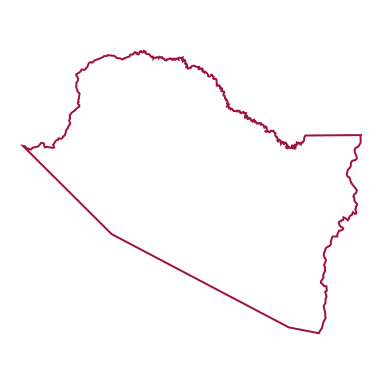 outline of Boca do Acre, Amazonas, Brazil
{"feature_id": "56859067B47019915073182", "entity_name": "Boca do Acre", "entity_type": "district", "adm_level": 2, "iso_a3": "BRA", "parent_name": "Brazil", "parent_adm1": "Amazonas", "projection": "natural_earth1", "projection_center": [-67.972, -8.817], "detail": "fine", "context": "isolated", "style": "outline", "palette": "rose", "viewbox_px": 384, "rotation_deg": 0, "n_neighbors": 0, "source": "geoboundaries", "source_scale": "gbopen_adm2", "svg_char_len": 5858}
<svg xmlns="http://www.w3.org/2000/svg" viewBox="0 0 384 384"><path d="M111.6,234.1L288.8,327.4L318.8,333.2L319.8,331.2L321.9,328.2L323.7,321.3L325.5,318.6L325.1,311.7L324.1,308.8L323.7,306.0L325.2,303.4L325.5,301.9L325.6,298.8L326.6,296.3L326.0,294.9L325.7,293.3L325.0,292.2L325.9,291.1L326.8,290.7L326.4,286.3L323.8,285.9L323.1,284.6L320.9,282.8L321.0,281.3L323.4,277.8L323.5,276.3L323.1,274.9L325.2,270.7L325.0,267.0L324.1,265.4L324.2,264.6L325.8,261.1L325.8,259.6L325.8,259.1L324.7,257.9L323.8,255.4L324.1,252.5L324.8,251.5L325.2,249.5L326.6,247.4L329.7,245.8L330.8,244.3L331.0,243.6L330.7,242.2L332.4,236.6L337.4,236.4L337.2,234.7L339.0,230.7L341.4,230.3L342.6,229.6L343.2,228.4L342.2,227.3L341.0,226.9L339.5,225.3L338.8,222.4L339.7,221.3L341.0,221.3L341.8,220.2L343.2,219.9L343.5,217.3L345.7,218.4L348.0,220.2L348.7,219.0L349.7,216.2L352.1,214.7L352.3,213.3L353.0,212.1L354.8,214.0L356.2,213.5L356.4,212.0L355.2,209.4L355.8,208.2L355.9,206.6L356.8,205.5L357.1,204.1L354.5,201.0L354.3,199.5L354.4,197.8L353.5,197.0L353.5,195.8L354.1,194.6L356.3,192.5L356.7,191.1L356.5,189.6L351.8,183.7L351.0,182.3L349.7,178.2L348.9,177.1L347.6,176.6L347.0,175.3L346.8,173.7L347.6,170.7L348.2,169.5L349.0,168.4L350.1,167.6L350.7,166.3L350.9,163.2L351.4,161.8L352.3,160.7L355.1,160.2L356.3,159.2L356.8,157.9L356.6,156.4L354.8,152.5L354.6,149.4L355.5,148.1L357.9,146.8L359.0,145.6L360.5,142.8L360.7,141.4L360.5,136.8L361.0,135.1L306.0,135.5L305.1,135.8L304.4,137.3L303.9,141.0L302.7,141.9L302.7,142.5L301.2,142.6L301.0,144.5L300.3,144.3L299.5,143.2L298.2,142.6L297.8,143.5L297.0,142.9L297.1,143.6L296.8,144.0L296.6,145.2L295.8,145.1L295.4,144.6L294.9,144.8L295.6,147.0L295.4,148.3L294.8,148.7L293.8,147.5L293.9,146.0L292.2,145.4L291.9,145.8L292.2,147.9L291.6,147.6L290.9,148.1L290.1,147.9L289.7,147.3L288.7,146.8L288.2,148.1L287.2,148.4L286.5,148.2L286.1,146.7L286.3,146.2L287.5,146.0L287.6,145.4L285.5,142.6L284.5,142.9L284.1,144.1L283.6,143.8L283.7,143.1L283.5,142.3L282.3,141.8L281.0,143.8L280.6,141.1L280.1,140.2L279.1,139.5L278.5,139.5L278.4,141.4L277.8,141.4L277.4,140.5L277.7,139.3L276.8,136.7L276.0,136.7L275.3,135.7L275.1,135.1L275.5,133.7L275.4,133.1L274.9,133.1L273.3,130.8L272.8,131.2L271.1,130.7L270.1,131.9L269.3,132.2L268.9,131.9L268.7,131.3L267.6,131.1L266.8,131.8L265.9,131.7L265.5,131.3L267.1,130.4L266.3,126.7L265.7,126.5L265.2,126.8L265.2,127.4L264.3,127.7L263.5,125.1L261.7,124.5L261.1,124.6L261.1,123.3L259.9,123.1L259.9,123.7L257.6,123.3L257.2,122.9L256.8,123.3L255.6,121.6L255.3,122.2L254.7,122.2L254.0,119.7L253.3,119.8L252.4,121.5L251.3,120.6L250.2,118.2L249.0,117.9L248.5,118.2L248.5,118.9L247.7,119.0L247.4,118.3L247.2,115.9L246.7,115.8L245.6,117.5L245.0,117.6L244.8,116.8L246.2,113.2L245.5,112.9L244.4,113.3L243.7,113.1L243.5,111.9L242.4,112.2L241.2,113.1L240.6,113.0L240.2,112.7L239.8,111.1L238.7,110.6L237.3,110.7L237.4,111.5L235.5,111.0L233.6,111.0L231.9,108.7L231.4,108.6L230.6,109.3L230.0,108.2L229.6,108.2L229.2,107.5L228.8,107.9L228.5,107.0L228.1,106.7L227.0,106.6L227.4,105.5L228.4,105.1L228.9,104.6L228.5,103.8L227.3,104.0L227.1,103.3L227.5,102.1L227.4,101.4L226.7,100.6L226.8,99.9L226.5,99.4L226.0,99.7L225.9,99.0L225.5,98.9L225.1,98.4L224.7,95.9L223.7,95.6L223.4,95.1L223.4,94.4L224.4,92.4L224.1,91.7L221.4,91.1L221.3,90.4L222.1,89.4L222.2,88.7L221.8,88.2L221.5,88.7L221.0,88.4L220.0,88.4L219.8,85.9L218.7,85.3L218.3,85.7L217.0,85.8L216.6,85.5L217.0,84.1L216.5,82.3L216.7,80.5L216.1,79.1L214.4,78.5L214.1,79.0L213.6,78.9L213.2,78.4L213.7,76.9L212.0,75.6L212.0,74.8L211.5,74.6L210.0,76.3L208.5,76.5L208.1,76.0L207.9,74.7L206.4,72.5L205.4,72.1L204.9,72.6L204.7,71.9L204.3,72.2L203.0,71.5L203.4,71.1L203.1,70.6L202.6,71.0L202.3,70.2L202.4,68.8L201.8,68.4L201.2,68.4L200.5,69.1L198.7,69.1L199.2,66.9L196.8,67.0L193.9,65.6L191.7,66.2L191.2,66.6L190.9,67.8L188.8,68.4L188.0,68.5L187.6,67.0L186.8,67.5L186.2,67.3L186.2,66.5L186.9,66.2L186.9,64.4L185.3,63.9L185.0,63.4L185.6,63.0L185.2,60.3L184.6,60.1L183.0,61.3L182.9,60.7L182.5,60.4L182.8,59.8L182.2,59.7L182.0,59.0L182.5,58.4L182.0,58.2L182.3,57.6L181.1,58.0L179.7,57.7L178.5,58.0L178.0,58.4L178.5,58.9L178.6,59.6L176.6,58.6L176.1,58.6L175.9,59.3L175.0,59.8L173.9,58.6L173.3,58.7L173.2,59.6L172.8,59.9L172.2,59.9L171.3,58.8L170.3,58.3L170.0,58.8L168.0,59.1L166.3,60.3L166.1,59.8L165.4,60.2L165.0,60.1L164.2,58.9L163.0,58.6L162.9,58.1L162.3,57.8L161.8,57.9L161.8,57.3L161.2,57.5L159.5,56.8L158.9,58.0L158.6,57.3L157.7,57.5L156.6,57.2L155.4,58.0L153.7,57.6L153.3,58.3L153.2,57.2L152.8,56.7L152.3,57.2L151.5,57.2L149.3,54.2L146.8,54.1L146.4,53.6L145.5,53.2L145.3,52.4L145.5,51.8L145.0,51.8L144.3,50.9L143.8,50.8L143.7,52.0L142.7,52.4L142.0,52.2L141.5,51.6L141.1,51.8L140.8,51.1L139.7,51.8L139.7,52.5L139.1,53.0L139.1,53.7L138.8,54.1L138.1,54.5L137.0,53.7L136.8,53.1L136.4,53.5L135.9,52.5L134.9,52.1L134.6,52.8L133.3,53.5L133.4,54.0L132.6,54.6L130.3,54.6L129.5,56.6L128.9,56.6L124.7,58.1L124.5,58.6L123.4,58.7L122.3,59.5L120.7,58.5L116.7,58.0L115.6,56.8L115.0,56.7L114.8,56.2L113.9,55.8L107.9,55.2L106.6,56.1L106.0,55.9L103.7,56.3L103.2,56.9L100.6,58.2L94.9,60.3L91.9,62.7L90.7,62.1L89.5,62.5L88.6,63.6L87.6,66.4L85.1,69.6L83.8,69.8L82.6,69.4L81.4,69.7L80.7,71.1L79.8,72.2L76.3,74.2L76.3,75.5L77.2,76.5L78.1,78.7L78.0,80.3L76.4,82.8L76.2,87.2L77.6,91.4L79.5,93.5L79.0,97.9L78.2,100.6L78.7,102.0L77.8,103.1L78.3,104.4L79.4,105.3L79.2,106.7L76.7,108.4L74.8,110.5L71.5,112.8L70.8,114.1L69.7,115.0L70.1,118.0L69.1,120.7L70.3,123.5L68.0,127.1L67.7,128.5L66.6,129.5L65.9,130.9L65.8,132.4L64.7,135.5L63.6,136.0L62.0,138.2L60.9,138.8L58.4,138.4L58.1,139.8L56.8,140.1L55.6,141.0L54.1,143.6L53.1,144.6L54.1,147.5L52.6,147.9L51.1,147.5L48.6,147.3L47.4,146.7L45.1,147.4L44.2,146.1L44.3,144.7L43.7,143.4L42.1,142.8L40.9,143.2L38.8,145.8L37.7,146.6L32.5,147.7L31.5,149.1L30.3,149.6L28.0,148.6L26.7,148.4L26.0,147.3L24.7,146.2L23.0,145.9L111.6,234.1Z" fill="none" stroke="#9f1239" stroke-width="2"/></svg>